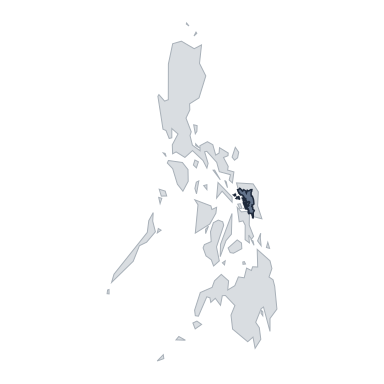 Samar, Samar, Philippines shown in context
{"feature_id": "2640588B23016389281073", "entity_name": "Samar", "entity_type": "district", "adm_level": 2, "iso_a3": "PHL", "parent_name": "Philippines", "parent_adm1": "Samar", "projection": "equal_earth", "projection_center": [124.76, 11.713], "detail": "fine", "context": "in_parent", "style": "filled", "palette": "slate", "viewbox_px": 384, "rotation_deg": 0, "n_neighbors": 0, "source": "geoboundaries", "source_scale": "gbopen_adm2", "svg_char_len": 8859}
<svg xmlns="http://www.w3.org/2000/svg" viewBox="0 0 384 384"><path d="M181.4,41.2L194.2,48.7L201.5,44.9L199.5,63.4L205.8,75.9L199.0,97.9L189.6,103.8L189.8,110.0L186.0,118.1L191.2,131.8L190.0,135.5L192.4,145.2L200.1,150.8L199.9,145.7L207.4,141.7L212.8,144.7L215.7,155.1L219.1,153.0L219.5,147.7L228.2,153.0L228.0,155.7L223.5,157.5L228.2,166.4L227.6,170.1L233.9,171.9L232.4,182.9L229.2,180.0L230.5,174.7L219.3,171.7L216.7,162.3L206.8,151.3L204.6,151.8L208.1,163.4L206.9,168.1L203.0,160.5L192.5,150.6L184.9,157.4L176.1,151.9L172.6,153.8L172.3,144.8L178.0,134.0L171.8,128.5L171.8,137.8L169.2,138.5L166.0,130.5L163.0,129.2L157.9,96.3L158.9,94.6L164.6,101.1L168.3,99.7L168.4,64.0L172.7,43.7L181.4,41.2ZM257.2,249.4L270.0,260.8L271.9,268.5L269.0,277.0L273.0,279.7L274.7,286.3L276.9,309.1L270.0,318.5L270.0,331.4L263.5,307.0L261.1,308.7L255.7,322.3L259.3,327.7L260.8,339.3L255.1,348.3L253.0,337.1L247.7,341.7L232.6,329.1L231.0,315.1L234.9,305.5L225.4,295.5L222.3,295.7L220.5,305.3L215.3,298.3L210.8,302.4L209.9,297.8L206.8,296.8L198.4,316.2L195.3,315.7L194.6,310.2L200.3,292.5L212.1,287.4L214.5,280.8L221.3,274.4L228.6,280.9L227.7,290.0L234.8,285.7L238.4,276.9L244.2,277.8L246.6,268.1L251.4,270.5L252.6,266.8L257.7,267.0L257.2,249.4ZM219.3,260.9L213.6,266.0L211.3,259.8L206.0,255.9L203.1,247.9L204.4,244.6L211.2,241.6L210.5,231.7L213.4,222.7L218.3,220.1L222.7,221.8L223.7,225.2L216.5,246.9L219.3,260.9ZM253.1,183.9L258.3,191.8L257.6,205.9L261.9,218.8L253.0,216.5L249.5,211.9L247.5,206.8L248.8,201.9L239.2,192.7L236.5,182.9L253.1,183.9ZM194.8,199.8L210.9,205.9L211.9,209.5L216.6,207.3L215.9,213.2L209.7,224.1L195.3,233.1L198.0,204.8L194.8,199.8ZM133.2,261.3L111.6,282.4L114.0,274.2L147.3,232.4L148.8,220.6L153.2,212.6L152.7,221.1L155.4,231.8L146.6,242.2L139.4,245.7L133.2,261.3ZM168.4,160.5L182.4,162.5L188.0,169.6L188.2,181.3L182.9,191.2L177.4,184.2L172.7,168.7L167.3,163.0L168.4,160.5ZM241.4,211.9L247.7,211.2L249.4,215.0L249.2,225.1L253.6,236.4L251.4,239.2L248.7,235.0L249.4,242.9L245.1,239.7L245.2,225.2L243.0,220.9L239.2,221.8L237.2,207.3L241.4,211.9ZM220.2,256.7L220.5,244.4L232.0,213.5L231.4,234.2L226.0,240.6L220.2,256.7ZM241.8,248.7L233.5,253.2L230.2,252.6L228.1,248.0L237.2,239.9L241.5,243.0L241.8,248.7ZM218.0,182.5L232.1,197.1L232.1,202.2L222.1,191.2L216.6,198.1L218.0,182.5ZM237.6,157.8L234.5,160.2L232.1,157.1L235.3,147.3L238.7,152.2L237.6,157.8ZM201.6,324.4L195.2,328.9L192.9,323.0L196.9,321.1L201.6,324.4ZM159.2,189.2L165.2,191.1L166.7,196.0L161.3,196.1L159.2,189.2ZM194.9,160.0L198.4,161.8L196.4,167.9L193.4,165.0L194.9,160.0ZM178.8,336.5L185.4,340.2L176.0,339.9L178.8,336.5ZM261.1,245.7L257.6,240.9L260.7,233.2L260.3,237.8L261.1,245.7ZM198.8,180.9L196.5,193.8L194.9,188.5L196.3,182.2L198.8,180.9ZM163.3,354.7L163.8,358.6L157.2,361.0L163.3,354.7ZM197.1,125.6L196.9,131.3L195.3,133.8L193.7,124.8L197.1,125.6ZM208.5,226.1L205.6,233.6L205.6,229.3L208.5,226.1ZM161.8,198.3L160.1,203.6L158.7,197.4L161.8,198.3ZM242.0,208.3L239.8,208.5L237.7,204.2L240.3,203.7L242.0,208.3ZM206.9,184.7L206.9,189.6L203.7,185.6L206.9,184.7ZM269.6,248.4L266.4,247.5L267.8,242.3L269.6,248.4ZM214.6,170.1L220.3,179.8L213.1,170.2L214.6,170.1ZM161.1,230.2L157.3,232.9L158.3,228.5L161.1,230.2ZM225.2,260.8L224.5,264.9L222.4,262.8L225.2,260.8ZM226.3,181.9L227.5,187.7L224.7,180.4L226.3,181.9ZM109.1,293.9L107.1,293.7L107.6,290.0L109.0,289.5L109.1,293.9ZM245.5,264.0L243.0,264.3L242.8,262.0L244.3,261.6L245.5,264.0ZM262.8,315.8L261.0,313.2L261.6,310.5L262.8,311.8L262.8,315.8ZM165.1,153.4L166.2,156.6L163.2,152.9L165.1,153.4ZM253.0,240.9L254.0,245.3L251.3,240.0L253.0,240.9ZM196.8,33.3L194.0,36.0L196.0,32.1L196.8,33.3ZM199.5,148.0L195.7,145.5L195.7,143.8L199.5,148.0ZM186.6,23.0L189.0,26.0L186.3,24.0L186.6,23.0Z" fill="#d9dde1" stroke="#a8b0b8" stroke-width="1"/><path d="M251.9,189.6L250.9,189.6L249.5,190.5L248.5,190.9L247.7,190.8L247.3,190.4L246.4,193.1L246.0,192.2L246.2,191.2L243.8,189.8L243.2,190.5L243.2,190.3L242.9,190.6L242.7,190.6L242.7,190.8L242.4,190.9L242.0,190.6L242.2,190.3L241.9,190.1L241.8,190.4L240.3,188.6L239.7,188.3L238.8,189.6L237.6,189.7L238.2,191.7L238.7,192.1L238.7,192.4L238.8,192.3L239.2,192.7L239.3,193.1L239.6,193.2L239.8,194.0L240.2,194.2L240.1,194.4L240.5,194.5L240.8,195.0L241.3,194.7L241.8,194.9L242.5,195.1L243.5,196.1L243.5,196.6L243.7,196.8L243.4,196.9L243.7,197.3L243.8,197.7L244.1,197.6L244.2,198.0L244.4,198.0L244.5,198.3L244.3,198.8L244.5,198.6L244.8,198.7L245.0,198.7L244.9,198.5L245.2,198.4L245.6,198.5L245.6,198.8L245.8,198.9L245.8,199.1L245.5,199.0L245.4,198.6L245.2,198.6L245.4,199.0L245.1,199.0L245.4,199.4L245.0,199.6L245.4,199.7L245.5,199.9L245.3,199.9L245.7,200.1L245.8,200.0L246.0,200.3L246.1,200.7L245.8,200.8L245.9,201.2L246.1,201.0L246.1,200.7L246.4,200.8L246.6,201.2L246.4,201.3L246.8,201.5L246.9,202.1L247.2,202.1L247.3,202.5L248.9,201.5L249.1,201.6L249.7,202.2L249.6,202.8L249.5,202.5L249.4,202.6L249.2,203.0L249.3,203.2L248.4,204.1L248.8,205.4L248.7,205.4L248.2,205.9L248.3,206.2L248.1,206.4L247.6,206.6L247.2,206.3L246.8,206.3L246.8,206.8L246.9,207.0L246.9,206.8L247.1,206.9L247.0,207.2L246.7,207.4L246.5,207.0L246.1,207.2L246.1,207.4L245.9,207.5L246.0,207.9L245.8,207.9L245.7,207.8L246.0,208.2L245.8,208.2L245.8,208.4L246.0,208.5L245.9,208.7L246.1,208.7L246.1,209.0L246.5,209.0L246.8,208.8L247.0,209.0L247.0,208.7L246.9,208.6L247.0,208.3L246.9,208.0L247.1,207.9L247.3,208.2L247.1,208.3L247.2,208.8L247.9,209.4L248.2,209.2L248.3,209.8L248.9,209.9L248.6,210.0L248.7,210.7L248.8,210.8L248.7,211.1L248.8,211.2L248.9,211.6L248.4,212.3L248.5,213.2L248.8,213.3L249.0,213.6L249.2,213.4L250.1,213.4L250.1,213.2L250.5,213.4L251.1,213.3L251.6,213.5L252.0,214.4L252.1,215.3L252.3,215.6L252.6,217.0L252.6,217.4L252.6,217.7L253.0,217.9L253.3,217.1L253.2,216.4L253.3,216.2L253.2,212.6L254.3,210.6L253.9,210.0L252.8,209.4L252.7,208.8L252.8,208.5L252.8,207.8L252.6,206.9L251.7,206.6L252.0,205.7L252.1,204.9L252.7,205.1L253.9,204.0L253.6,200.4L253.4,199.3L252.3,196.2L251.4,196.1L251.1,194.6L251.1,192.1L251.6,191.5L251.9,189.6ZM244.5,203.6L244.3,203.4L244.2,203.2L244.4,203.2L244.1,202.6L243.9,202.8L244.1,202.9L244.2,203.2L244.0,203.3L243.9,203.2L243.7,203.1L243.8,203.5L243.9,203.3L244.1,203.5L244.0,204.0L243.9,204.0L244.1,204.3L244.2,204.0L244.3,204.8L244.5,204.6L244.9,205.2L244.7,205.2L245.2,205.7L245.1,205.9L244.7,205.6L244.8,206.4L245.5,206.6L245.4,206.8L245.2,206.7L245.2,207.0L245.8,207.4L246.1,207.0L246.0,206.8L246.1,206.4L245.9,206.2L246.3,205.8L246.0,205.7L245.9,205.8L245.9,205.6L245.6,205.7L245.4,205.6L245.4,205.8L245.3,205.5L245.2,205.3L245.3,205.3L245.3,205.1L245.5,204.7L245.1,204.4L245.0,204.1L244.9,204.2L245.1,203.6L244.7,203.7L244.6,204.0L244.6,203.4L244.5,203.6ZM246.6,204.6L247.1,204.2L247.0,203.9L246.4,204.0L246.5,203.6L246.2,203.8L245.8,203.2L245.9,203.6L245.8,203.8L246.1,204.2L245.9,204.4L246.1,204.8L246.1,205.1L246.2,204.9L246.5,205.3L246.7,205.2L246.8,205.2L246.6,204.6ZM235.2,194.3L235.1,194.5L235.0,194.4L234.3,194.5L234.0,194.9L234.1,195.2L233.9,195.2L234.4,195.6L234.5,195.2L234.9,195.2L235.1,194.7L235.2,195.0L235.3,194.8L235.5,195.0L235.5,194.4L235.2,194.3ZM237.2,197.3L236.9,197.5L236.8,197.4L236.6,197.9L236.4,198.1L236.1,198.4L236.4,198.5L236.8,198.7L236.9,198.1L237.3,197.8L237.2,197.3ZM239.1,197.9L238.8,198.2L238.6,198.8L239.3,199.2L239.6,198.9L239.3,198.0L239.1,197.9ZM238.8,196.5L238.4,196.7L238.5,196.8L238.4,197.1L238.9,197.4L239.0,196.9L238.8,196.5ZM244.6,202.7L244.6,203.4L244.8,203.5L245.0,203.4L244.9,203.0L245.0,202.8L244.7,202.8L244.7,202.6L244.4,202.5L244.6,202.7ZM242.6,198.7L242.9,198.9L243.0,198.5L242.9,198.3L242.7,198.5L242.6,198.2L242.6,198.7ZM247.0,205.5L246.7,206.0L246.9,206.3L247.0,206.1L247.3,206.1L247.0,206.0L247.1,205.7L247.0,205.5ZM243.6,201.2L243.3,200.3L243.2,200.5L243.4,200.6L243.4,200.9L243.6,201.2ZM243.8,200.3L243.4,200.2L243.5,200.6L243.7,200.3L243.8,200.5L243.8,200.3ZM237.8,197.4L237.7,197.7L237.9,197.8L237.9,197.5L237.8,197.4ZM250.4,214.0L250.2,213.6L250.4,214.0ZM246.6,203.1L246.7,203.3L246.9,203.5L246.8,203.2L246.6,203.1ZM247.5,205.8L247.2,205.8L247.3,206.0L247.4,205.9L247.5,205.8ZM243.7,200.8L243.6,201.0L243.8,201.2L243.7,200.8ZM245.7,207.5L245.4,207.7L245.5,207.7L245.7,207.5ZM247.2,208.2L247.1,208.3L247.2,208.2L247.2,208.2ZM244.3,200.6L244.3,200.8L244.4,200.7L244.3,200.6ZM242.4,198.5L242.3,198.4L242.3,198.5L242.4,198.5ZM246.8,202.4L246.7,202.4L246.8,202.6L246.8,202.4ZM244.2,200.4L244.1,200.5L244.2,200.4ZM242.3,198.1L242.2,198.1L242.3,198.1ZM243.2,196.7L243.1,196.8L243.2,196.7ZM247.3,203.5L247.2,203.6L247.3,203.5ZM246.4,206.8L246.4,207.0L246.5,207.0L246.4,206.8ZM248.8,211.4L248.7,211.5L248.8,211.5L248.8,211.4ZM248.8,211.3L248.7,211.4L248.8,211.4L248.8,211.3ZM244.0,198.9L244.1,198.7L244.0,198.8L244.0,198.9ZM244.0,202.6L243.9,202.6L244.0,202.7L244.0,202.6ZM246.7,202.2L246.6,202.3L246.7,202.2ZM245.5,201.2L245.4,201.1L245.5,201.2ZM245.1,207.0L245.2,206.9L245.1,207.0L245.1,207.0Z" fill="#64748b" stroke="#1e293b" stroke-width="1.5"/></svg>